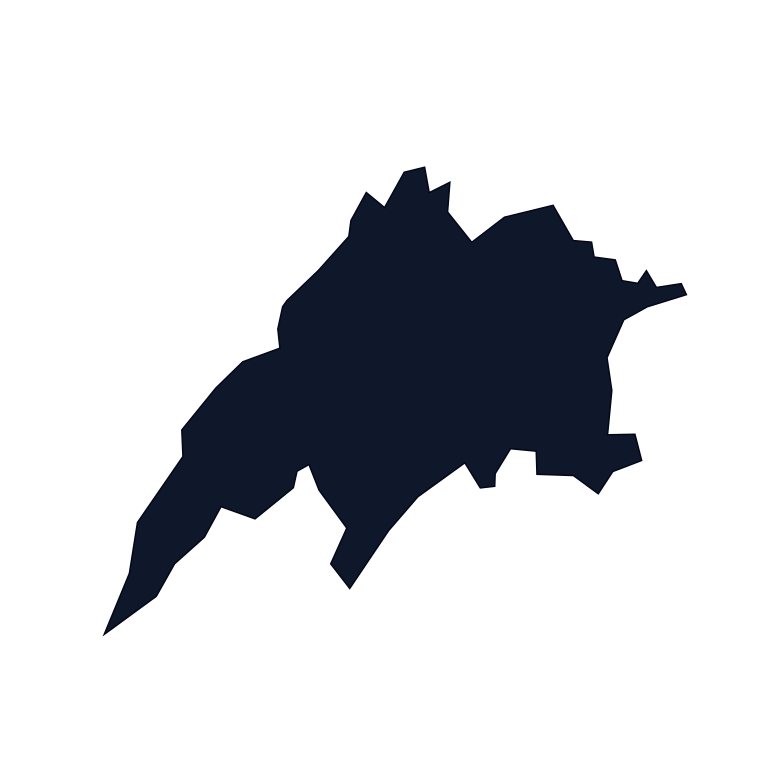 the district of Dzhambay, Samarkand, Uzbekistan, rotated 82°
{"feature_id": "79887680B27058586610976", "entity_name": "Dzhambay", "entity_type": "district", "adm_level": 2, "iso_a3": "UZB", "parent_name": "Uzbekistan", "parent_adm1": "Samarkand", "projection": "albers", "projection_center": [67.125, 39.732], "detail": "fine", "context": "isolated", "style": "filled", "palette": "ink", "viewbox_px": 768, "rotation_deg": 82, "n_neighbors": 0, "source": "geoboundaries", "source_scale": "gbopen_adm2", "svg_char_len": 960}
<svg xmlns="http://www.w3.org/2000/svg" viewBox="0 0 768 768"><g transform="rotate(82 384 384)"><path d="M364.6,551.1L401.3,590.6L427.8,593.2L486.8,647.4L536.1,662.5L593.0,695.9L562.5,639.0L532.9,616.4L510.7,583.2L482.8,562.5L499.6,530.5L474.1,488.2L458.3,482.3L453.3,469.5L480.1,463.1L521.5,440.9L554.7,461.8L581.7,446.4L529.7,399.7L500.4,366.2L473.3,314.9L500.3,303.1L500.7,288.6L488.3,286.4L465.7,267.7L471.7,242.6L494.7,245.1L501.0,209.2L522.5,187.1L502.5,169.6L495.6,139.5L468.7,142.5L465.4,169.7L422.2,159.3L389.0,159.5L353.8,137.6L344.2,112.6L337.6,72.1L326.0,75.7L326.3,100.8L308.3,108.4L319.6,118.7L314.8,133.9L293.3,137.7L287.5,158.3L272.4,158.7L268.3,176.6L230.6,191.7L235.6,241.5L255.9,277.4L222.5,297.1L193.4,290.7L200.8,312.6L175.0,313.6L177.1,334.5L209.4,358.9L191.9,374.9L217.5,394.0L233.0,398.3L262.6,433.4L287.8,468.4L293.3,473.6L314.8,481.5L334.0,482.1L342.3,520.7L364.6,551.1Z" fill="#0f172a" stroke="#020617" stroke-width="1.5"/></g></svg>